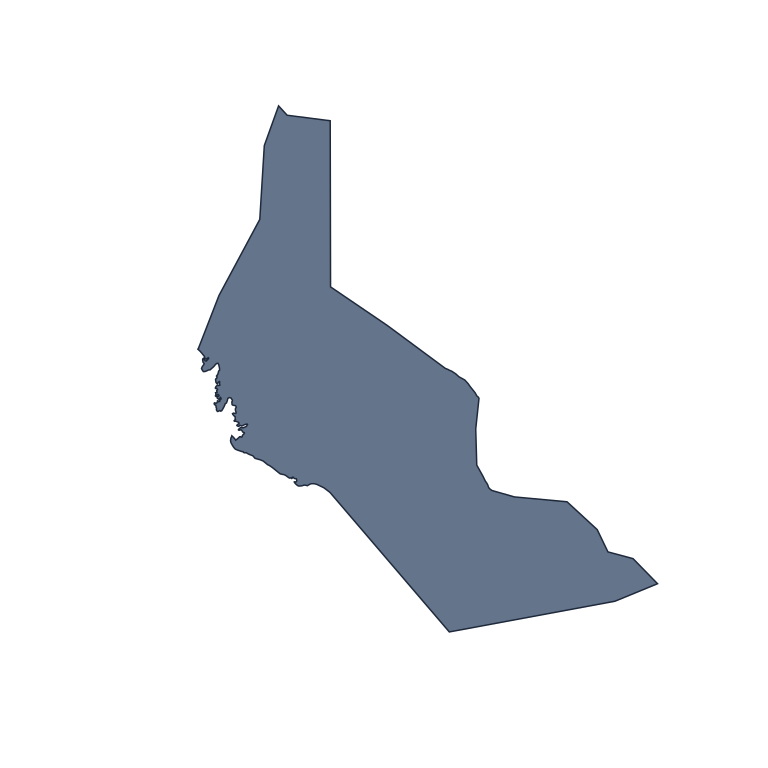 Ulaangom, Uvs, Mongolia, rotated 155°
{"feature_id": "93677404B81994197463432", "entity_name": "Ulaangom", "entity_type": "district", "adm_level": 2, "iso_a3": "MNG", "parent_name": "Mongolia", "parent_adm1": "Uvs", "projection": "albers", "projection_center": [92.268, 50.307], "detail": "fine", "context": "isolated", "style": "filled", "palette": "slate", "viewbox_px": 768, "rotation_deg": 155, "n_neighbors": 0, "source": "geoboundaries", "source_scale": "gbopen_adm2", "svg_char_len": 4428}
<svg xmlns="http://www.w3.org/2000/svg" viewBox="0 0 768 768"><g transform="rotate(155 384 384)"><path d="M220.5,87.4L232.1,120.5L252.0,137.2L252.3,161.9L267.9,199.9L313.6,226.6L331.2,241.9L332.5,244.4L332.9,246.0L332.6,248.9L332.7,250.5L333.2,253.3L333.3,258.9L334.2,271.3L319.9,304.4L304.0,330.8L304.0,332.0L304.9,334.0L305.1,337.4L307.1,345.7L307.6,348.7L309.1,353.5L313.1,359.0L314.6,362.7L316.3,365.5L317.2,367.0L319.0,368.9L319.7,370.0L321.8,372.2L345.7,416.2L356.3,435.7L391.4,494.6L321.5,645.3L358.2,668.5L362.0,680.6L391.7,650.7L427.0,585.7L496.1,534.0L538.4,493.5L537.9,494.1L537.3,492.6L536.8,491.3L536.1,489.0L535.7,487.3L535.1,484.8L535.4,483.6L535.7,482.6L534.8,481.8L533.8,481.9L532.2,482.1L532.1,481.3L533.8,480.5L535.6,479.9L536.3,480.8L536.6,482.4L536.8,483.6L537.4,483.5L538.1,482.7L538.4,481.8L538.8,480.2L538.4,478.5L539.2,477.7L540.2,477.2L541.7,476.3L542.9,475.1L542.8,473.3L542.5,471.6L541.7,471.2L540.6,470.9L538.8,470.8L537.1,470.9L535.7,470.3L533.3,471.0L530.7,471.8L528.3,473.0L526.6,473.3L525.8,473.0L525.6,471.4L526.0,469.6L526.4,467.8L527.1,466.1L528.4,465.6L530.0,463.6L530.8,462.9L533.0,461.7L532.4,461.7L532.3,461.0L533.2,459.9L533.9,459.8L534.4,459.7L534.7,459.4L535.0,458.6L535.3,457.5L535.6,456.7L535.4,455.3L535.2,454.6L534.8,454.5L534.4,455.1L533.7,455.5L532.8,455.8L532.1,455.8L532.0,455.3L532.3,454.9L532.9,454.0L533.0,453.1L533.4,452.2L534.3,452.5L535.3,453.0L536.2,453.1L537.4,452.7L538.5,451.7L538.6,451.2L537.9,450.8L537.4,450.5L537.3,449.9L537.2,449.3L538.4,448.8L538.6,448.2L538.7,447.4L538.9,446.9L539.7,447.1L540.3,447.3L540.5,446.5L540.6,445.8L541.1,445.2L541.8,444.5L541.6,443.9L540.9,444.1L539.9,444.4L539.0,444.8L538.5,444.3L538.4,443.4L538.7,442.9L539.4,442.7L540.1,443.0L540.6,443.0L540.9,442.6L541.1,442.0L541.0,441.4L540.6,440.7L540.2,439.9L539.9,439.9L539.1,440.2L538.3,440.8L537.8,440.9L537.8,439.9L537.9,439.3L539.1,439.4L539.8,439.3L539.8,439.0L539.7,438.1L540.4,437.7L541.2,437.7L541.4,438.6L542.0,439.1L542.3,438.6L543.0,437.8L543.9,437.5L544.6,437.5L545.3,438.5L545.9,438.4L546.3,437.8L546.3,436.9L545.5,435.8L545.6,434.9L546.1,433.6L546.0,432.6L546.8,431.5L546.8,430.2L546.3,429.3L544.1,429.4L543.7,428.5L542.5,428.3L540.9,429.3L538.5,431.1L537.1,432.3L536.5,433.1L535.7,433.3L534.8,433.4L533.1,435.1L531.9,436.6L531.5,437.0L530.0,437.1L529.1,436.4L528.5,435.9L528.5,434.8L528.2,433.8L528.4,432.9L529.4,432.2L530.0,430.7L530.4,429.5L529.8,428.5L528.7,427.8L527.7,427.0L527.6,426.2L527.7,425.4L528.5,424.9L529.3,424.2L529.8,422.8L530.0,421.2L530.2,420.4L530.7,420.0L531.3,420.2L532.6,421.2L533.8,421.2L533.9,420.4L533.3,418.3L532.7,417.1L533.4,415.9L533.6,414.8L534.4,414.5L535.4,414.0L535.3,413.4L534.3,413.1L533.6,412.5L533.1,411.8L532.3,411.1L531.9,410.5L531.9,409.9L532.1,409.5L533.2,409.3L534.1,409.1L534.7,408.8L534.9,408.6L534.7,408.1L534.0,407.2L533.4,407.0L533.0,407.1L532.4,407.6L532.0,407.4L530.7,406.2L529.9,406.0L529.5,406.0L528.7,406.1L527.5,406.1L526.0,405.9L525.0,405.5L524.8,405.1L525.4,404.7L525.9,404.2L526.9,403.7L527.8,403.7L529.3,403.8L530.2,403.8L531.0,404.4L532.0,405.0L532.8,405.0L534.3,404.6L535.3,404.1L535.3,403.7L534.5,403.2L533.7,403.1L533.0,402.9L532.8,402.6L532.5,402.0L532.4,401.2L532.3,400.3L532.1,399.8L531.7,399.4L531.2,398.9L531.2,398.6L531.7,398.2L532.1,398.0L533.2,397.6L534.1,397.2L534.5,396.5L534.9,396.2L535.6,396.0L535.8,396.3L536.3,396.9L537.1,397.2L537.9,396.9L539.6,396.4L541.0,396.0L542.2,395.8L542.2,396.3L542.5,397.7L543.0,399.4L543.8,401.4L544.3,400.8L545.6,399.7L547.1,397.4L547.5,395.5L547.3,392.5L547.0,390.1L546.3,387.8L545.5,386.9L544.3,385.6L542.8,384.2L542.0,383.4L541.3,382.8L540.3,382.3L540.3,381.5L539.8,380.8L539.0,380.3L538.0,380.1L536.6,378.0L535.3,376.5L533.2,374.4L532.3,371.1L528.2,367.6L526.1,365.3L523.5,359.9L522.4,358.7L520.6,355.7L517.1,348.5L516.0,346.3L515.0,345.7L514.3,345.0L512.9,344.1L511.8,342.8L510.0,339.5L509.3,338.6L508.7,338.4L508.1,338.3L507.9,338.0L507.6,337.7L507.5,337.3L507.1,337.4L506.9,337.8L506.5,338.2L505.9,338.1L505.5,337.5L505.4,336.7L504.9,336.0L504.2,335.6L503.5,335.1L503.6,334.4L503.7,333.7L504.3,332.8L504.9,332.5L505.5,332.4L505.9,332.9L506.7,333.2L506.8,333.0L506.7,332.4L506.4,331.1L505.8,329.6L505.2,328.4L504.3,327.5L502.6,326.8L501.0,326.3L499.3,326.2L498.0,325.5L496.4,324.2L495.1,324.4L493.3,324.5L492.0,324.3L489.5,323.2L487.3,321.4L482.3,315.3L478.8,308.6L429.6,131.7L266.4,89.5L220.5,87.4Z" fill="#64748b" stroke="#1e293b" stroke-width="1.5"/></g></svg>